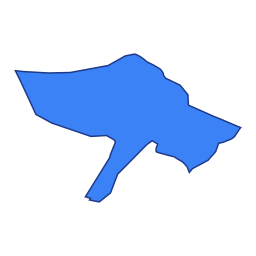 Frogn nor, Akershus, Norway
{"feature_id": "86288312B7520340450988", "entity_name": "Frogn nor", "entity_type": "district", "adm_level": 2, "iso_a3": "NOR", "parent_name": "Norway", "parent_adm1": "Akershus", "projection": "natural_earth1", "projection_center": [10.684, 59.665], "detail": "fine", "context": "isolated", "style": "filled", "palette": "blue", "viewbox_px": 256, "rotation_deg": 0, "n_neighbors": 0, "source": "geoboundaries", "source_scale": "gbopen_adm2", "svg_char_len": 1393}
<svg xmlns="http://www.w3.org/2000/svg" viewBox="0 0 256 256"><path d="M35.9,114.4L51.9,123.1L90.9,136.4L106.5,135.5L113.8,139.6L115.5,141.9L110.1,155.4L109.9,157.3L85.4,196.8L90.5,198.3L89.5,200.0L99.3,201.9L110.5,192.9L117.6,174.2L145.4,146.0L145.7,145.6L147.2,144.3L152.2,140.7L157.8,144.1L156.2,148.0L156.0,151.0L157.0,152.2L162.3,153.7L167.5,155.1L174.6,156.9L175.8,157.9L182.9,162.1L187.2,166.9L189.3,172.4L192.5,168.6L208.0,160.3L215.7,151.6L218.6,143.3L223.1,142.3L231.7,138.8L234.5,136.6L240.4,127.8L240.6,127.6L215.9,117.2L214.2,116.6L188.5,105.2L188.1,99.3L188.0,94.9L180.1,85.2L165.8,78.3L165.4,78.1L165.3,77.8L164.8,77.2L164.3,76.5L164.0,75.9L163.6,75.1L163.3,74.1L163.2,73.5L163.0,72.9L162.4,72.0L161.9,71.0L161.2,70.2L160.5,69.5L159.9,68.9L158.9,68.3L158.4,67.9L157.3,67.3L156.3,66.7L155.4,66.2L154.7,65.8L154.1,65.4L153.3,65.0L152.7,64.7L151.9,64.3L151.4,64.0L150.7,63.7L150.1,63.4L149.4,63.1L148.8,62.8L148.1,62.4L147.3,62.0L146.7,61.6L146.3,61.3L145.9,60.9L145.4,60.5L145.1,60.2L144.2,59.5L143.5,58.9L142.8,58.5L142.4,58.1L141.8,57.7L141.3,57.4L140.9,57.1L140.4,56.8L139.9,56.5L139.4,56.2L138.7,55.8L138.2,55.6L137.8,55.3L137.5,55.1L137.0,55.0L136.5,54.8L136.1,54.5L135.8,54.4L135.4,54.3L135.0,54.2L134.7,54.2L134.4,54.1L125.3,55.9L108.2,65.5L70.4,72.5L48.7,73.0L23.7,71.6L15.4,70.7L20.4,80.9L29.8,101.1L35.9,114.4Z" fill="#3b82f6" stroke="#1e3a8a" stroke-width="1.5"/></svg>